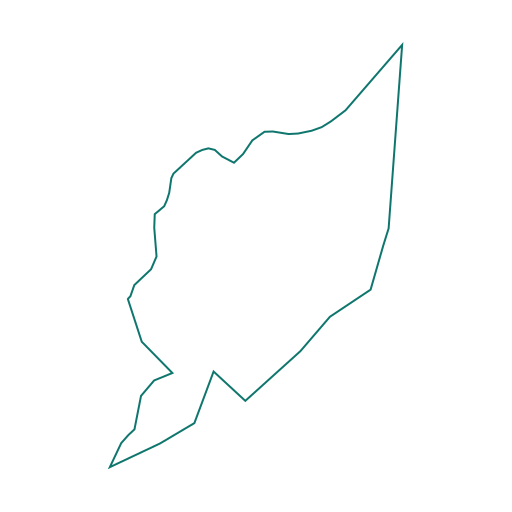 map outline of Ntoroko (Mercator projection), rotated 3°
{"feature_id": "UGA-5610", "entity_name": "Ntoroko", "entity_type": "District", "adm_level": 1, "iso_a3": "UGA", "parent_name": "Uganda", "parent_adm1": "", "projection": "mercator", "projection_center": [30.315, 1.025], "detail": "fine", "context": "isolated", "style": "outline", "palette": "teal", "viewbox_px": 512, "rotation_deg": 3, "n_neighbors": 0, "source": "natural_earth", "source_scale": "10m", "svg_char_len": 751}
<svg xmlns="http://www.w3.org/2000/svg" viewBox="0 0 512 512"><g transform="rotate(3 256 256)"><path d="M282.2,132.5L291.6,131.5L305.0,128.0L314.8,123.9L323.7,117.7L337.8,105.8L390.9,37.5L388.3,160.1L387.0,221.5L382.5,239.1L372.2,283.6L333.0,312.8L305.3,348.7L252.9,401.2L219.7,373.6L203.2,426.1L170.0,448.2L121.1,474.5L131.2,449.9L137.9,441.5L143.7,435.5L148.5,401.7L160.8,385.6L178.6,377.2L146.4,347.6L130.3,305.7L130.5,305.3L132.7,302.7L136.0,291.4L151.9,274.7L156.7,261.7L152.9,233.1L152.7,219.5L161.7,211.1L164.1,204.9L166.0,197.6L167.4,182.6L169.3,178.0L190.8,156.0L196.8,152.9L202.8,151.0L209.3,152.2L216.9,158.4L229.1,164.0L237.7,154.9L246.3,140.7L258.0,131.5L266.3,130.8L282.2,132.5Z" fill="none" stroke="#0f766e" stroke-width="2"/></g></svg>